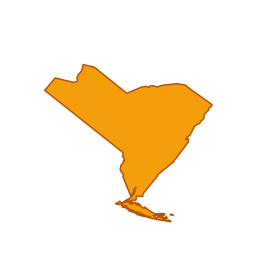 map outline of New York (Albers equal-area conic projection), rotated 36°
{"feature_id": "USA-3559", "entity_name": "New York", "entity_type": "State", "adm_level": 1, "iso_a3": "USA", "parent_name": "United States of America", "parent_adm1": "", "projection": "albers", "projection_center": [-74.009, 42.755], "detail": "fine", "context": "isolated", "style": "filled", "palette": "amber", "viewbox_px": 256, "rotation_deg": 36, "n_neighbors": 0, "source": "natural_earth", "source_scale": "10m", "svg_char_len": 6025}
<svg xmlns="http://www.w3.org/2000/svg" viewBox="0 0 256 256"><g transform="rotate(36 128 128)"><path d="M39.7,130.3L56.7,123.3L58.0,122.2L59.1,120.8L59.4,119.6L59.3,119.0L58.8,118.6L57.8,118.1L57.3,117.6L56.8,116.9L57.1,115.5L56.4,114.6L56.3,114.0L56.3,113.6L56.6,112.8L56.7,112.1L56.8,109.4L56.7,108.8L56.1,106.8L54.5,103.0L64.1,98.9L65.5,98.6L106.0,100.6L107.0,100.0L114.9,86.9L117.2,84.9L117.7,84.0L120.9,82.8L121.2,82.3L121.1,81.2L121.7,80.4L123.5,79.1L127.9,77.4L128.2,77.0L128.7,75.7L130.4,73.8L131.7,72.2L141.1,63.8L144.1,62.0L145.7,61.5L146.6,60.8L148.2,60.1L149.4,59.5L153.5,59.9L182.3,59.7L182.7,61.6L182.5,62.3L182.0,63.3L181.8,64.2L182.0,64.8L182.6,65.7L182.7,66.2L182.3,68.2L182.2,69.2L181.9,70.6L181.9,71.4L182.1,72.8L183.6,75.5L183.7,76.4L183.6,77.6L182.9,79.1L182.9,79.6L183.3,81.3L183.1,82.8L183.0,83.0L182.0,83.8L181.9,84.1L181.7,85.3L181.0,87.7L180.7,88.4L180.8,88.9L181.3,89.7L181.3,91.3L181.5,92.6L182.0,94.0L181.8,95.4L182.3,96.3L182.4,96.9L182.3,97.8L181.1,100.9L181.1,102.1L181.2,102.8L181.5,103.2L182.1,102.8L182.4,101.8L182.7,101.6L183.1,101.4L183.6,101.5L184.0,101.9L184.3,103.0L185.0,103.8L184.7,124.7L184.4,126.2L184.3,126.7L184.5,128.2L184.8,128.2L179.5,148.5L180.1,149.3L178.8,172.3L180.2,174.7L174.8,178.2L176.0,180.2L176.3,180.5L176.6,181.3L176.4,181.4L176.5,181.5L176.4,181.8L175.8,182.7L175.1,182.7L173.8,184.0L173.5,184.5L173.4,185.1L172.7,185.2L172.6,186.2L173.1,187.0L171.5,187.0L170.9,187.3L170.1,187.2L170.0,186.9L170.0,186.6L170.5,185.3L170.4,184.9L170.2,184.8L170.8,183.4L171.3,180.9L171.4,177.8L171.3,176.7L171.0,175.6L170.8,175.2L169.8,174.2L169.4,173.5L169.7,172.5L169.6,171.9L169.0,172.5L168.8,173.1L169.3,175.1L169.5,175.6L170.0,175.9L170.3,176.4L170.2,178.2L170.6,180.8L170.6,181.6L152.5,170.4L152.4,169.8L151.5,168.2L151.4,168.1L150.6,168.2L149.9,167.7L148.8,167.7L148.3,167.6L147.4,166.7L146.4,166.4L146.0,166.1L144.6,163.1L144.3,162.8L144.3,162.5L144.4,160.3L144.2,159.1L144.2,158.9L144.5,158.6L144.6,158.3L144.5,157.6L144.3,157.4L143.4,157.0L143.9,156.3L144.0,156.0L143.5,155.8L143.2,155.2L142.6,155.0L142.1,154.5L141.8,154.4L140.6,154.6L140.2,154.3L139.9,152.3L138.2,151.2L138.2,150.8L38.5,146.5L39.7,130.3ZM216.1,178.8L215.8,178.3L216.4,178.2L217.5,178.5L216.8,179.3L215.8,179.6L212.3,181.3L205.0,185.2L203.8,185.5L204.0,185.0L204.1,184.7L203.8,184.5L202.9,184.5L202.8,184.8L203.1,185.7L202.8,185.9L201.9,186.5L197.8,188.1L197.4,188.0L199.4,187.2L198.3,187.2L197.7,186.9L196.8,187.7L196.0,187.7L195.4,187.5L195.7,187.8L195.6,188.2L194.8,188.7L194.2,188.9L194.0,188.3L193.1,188.6L192.7,189.0L191.1,188.8L190.9,188.9L190.7,189.3L189.2,189.7L188.5,189.4L188.2,189.5L188.1,190.2L187.8,190.3L186.6,190.2L186.1,189.9L185.1,190.8L184.1,190.9L182.9,191.5L178.5,192.3L176.4,193.4L176.2,193.3L176.4,193.2L176.4,192.9L176.1,192.7L175.4,192.8L175.1,193.1L175.1,193.6L178.2,193.6L178.1,193.9L175.2,194.0L173.8,193.8L172.7,194.0L169.8,195.2L169.8,194.8L173.3,193.4L173.8,192.9L173.1,192.3L172.4,192.0L171.4,192.2L170.9,192.7L170.9,193.0L171.2,194.0L170.9,194.2L170.1,194.0L169.8,194.2L168.7,194.4L168.3,194.4L168.2,194.1L168.4,194.0L168.5,193.8L168.3,193.5L167.7,193.3L167.5,192.9L167.6,192.3L168.1,191.5L168.1,191.1L168.5,190.5L169.1,190.2L169.4,189.7L169.4,189.1L170.0,188.2L170.5,187.7L171.0,188.0L171.4,187.9L171.6,188.1L172.5,187.5L173.5,187.6L174.0,188.3L174.2,187.6L173.8,187.1L174.0,186.4L174.4,186.3L175.0,187.2L175.3,187.1L175.4,186.7L175.3,186.4L174.6,186.1L174.6,185.7L174.8,185.4L175.2,185.4L175.9,185.7L176.4,186.6L176.6,186.4L176.4,185.3L176.9,184.4L178.4,183.9L179.4,183.8L179.6,184.2L179.5,184.3L179.2,184.6L178.8,184.6L179.1,185.0L179.6,185.0L179.7,184.5L180.1,184.6L180.1,184.9L180.4,185.0L180.5,184.9L180.5,184.6L180.6,184.3L180.0,183.5L180.2,182.9L180.8,183.2L181.5,183.3L181.3,183.9L181.7,184.3L182.5,184.1L183.2,184.3L183.2,183.9L183.1,183.5L182.2,183.5L182.0,183.1L182.1,182.7L182.6,182.9L182.8,183.2L184.6,183.5L186.0,184.0L187.3,183.7L187.7,183.3L188.0,182.9L187.8,182.4L188.8,182.0L189.1,182.1L189.0,182.8L189.3,182.8L189.5,182.7L189.4,182.1L189.6,182.1L190.2,182.3L191.1,182.2L193.6,182.3L195.2,182.1L196.4,182.2L198.3,181.7L199.9,181.6L200.4,181.4L203.4,179.3L204.0,178.4L204.7,178.3L206.3,176.7L207.8,176.0L208.5,176.2L208.6,176.4L208.5,176.8L208.2,177.1L207.5,177.5L207.2,176.9L206.3,177.5L204.8,179.0L204.7,179.3L205.4,179.6L205.3,180.0L204.8,179.9L204.2,180.2L204.3,181.2L204.2,181.5L203.8,180.9L203.6,180.9L203.4,181.3L202.3,181.5L201.8,182.0L201.8,182.3L201.0,183.1L200.2,183.3L200.0,183.9L200.5,183.8L200.9,184.1L201.4,183.7L202.8,184.1L203.3,184.1L203.8,183.7L204.2,182.7L204.9,182.5L205.8,181.1L206.8,181.0L206.9,180.8L206.6,180.0L206.9,179.8L207.2,179.9L207.4,180.7L208.1,180.8L208.2,180.4L208.5,180.4L208.9,179.6L209.3,179.7L210.0,180.6L210.1,179.4L210.4,179.1L210.7,179.2L211.5,180.6L211.7,180.8L213.1,180.3L214.4,179.3L214.8,179.4L215.2,179.3L215.2,178.6L215.4,178.5L216.1,178.9L216.1,178.8ZM165.5,192.4L166.7,192.0L166.8,192.3L166.7,192.4L166.8,192.8L167.2,193.4L166.1,194.8L165.3,195.5L165.0,195.4L164.0,196.1L162.8,196.5L162.6,196.4L162.9,196.0L162.8,195.3L163.6,194.7L163.8,194.4L164.0,192.6L164.5,192.1L165.5,192.4ZM192.6,189.8L196.5,188.2L197.0,188.1L197.0,188.4L195.9,188.7L190.5,191.1L188.1,192.0L185.8,192.7L184.6,192.7L184.4,192.5L185.6,192.5L190.5,190.8L192.6,189.8ZM170.0,187.5L169.1,189.2L169.0,190.0L168.0,190.4L168.4,188.7L170.1,185.0L170.3,185.1L170.3,185.5L169.8,186.5L169.8,187.0L170.0,187.5ZM185.6,192.2L184.1,192.3L178.2,194.2L178.4,193.7L183.6,192.0L185.7,191.9L185.6,192.2ZM206.4,178.2L206.4,177.8L206.7,177.8L206.8,178.1L207.2,178.4L207.8,178.5L207.7,178.8L207.8,179.1L207.7,179.5L207.9,179.9L206.9,179.5L206.0,179.6L205.7,179.3L205.7,178.9L205.9,178.5L206.4,178.2ZM214.1,173.1L213.5,173.1L213.2,173.2L213.2,172.9L213.5,172.7L213.5,172.4L213.8,172.4L214.0,172.7L214.2,172.2L215.8,171.9L215.7,172.2L214.7,172.5L214.1,173.1ZM211.2,177.2L211.7,177.6L212.4,177.8L212.2,178.0L212.3,178.5L211.9,179.2L211.8,178.4L211.7,178.1L210.9,177.9L211.2,177.5L211.2,177.2Z" fill="#f59e0b" stroke="#b45309" stroke-width="1.5"/></g></svg>